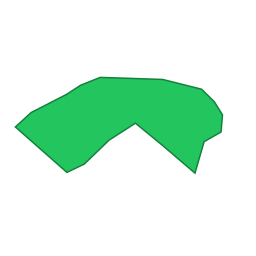 Sheema, orthographic projection, rotated 226°
{"feature_id": "UGA-5623", "entity_name": "Sheema", "entity_type": "District", "adm_level": 1, "iso_a3": "UGA", "parent_name": "Uganda", "parent_adm1": "", "projection": "orthographic", "projection_center": [30.327, -0.601], "detail": "fine", "context": "isolated", "style": "filled", "palette": "green", "viewbox_px": 256, "rotation_deg": 226, "n_neighbors": 0, "source": "natural_earth", "source_scale": "10m", "svg_char_len": 376}
<svg xmlns="http://www.w3.org/2000/svg" viewBox="0 0 256 256"><g transform="rotate(226 128 128)"><path d="M207.0,47.7L206.4,69.1L194.9,107.1L191.7,123.6L183.7,143.2L138.8,186.7L104.7,207.9L86.8,208.3L71.8,205.1L60.5,192.2L65.3,173.3L49.0,144.8L91.7,140.7L126.3,136.7L132.4,106.1L132.4,71.6L138.5,53.2L207.0,47.7Z" fill="#22c55e" stroke="#15803d" stroke-width="1.5"/></g></svg>